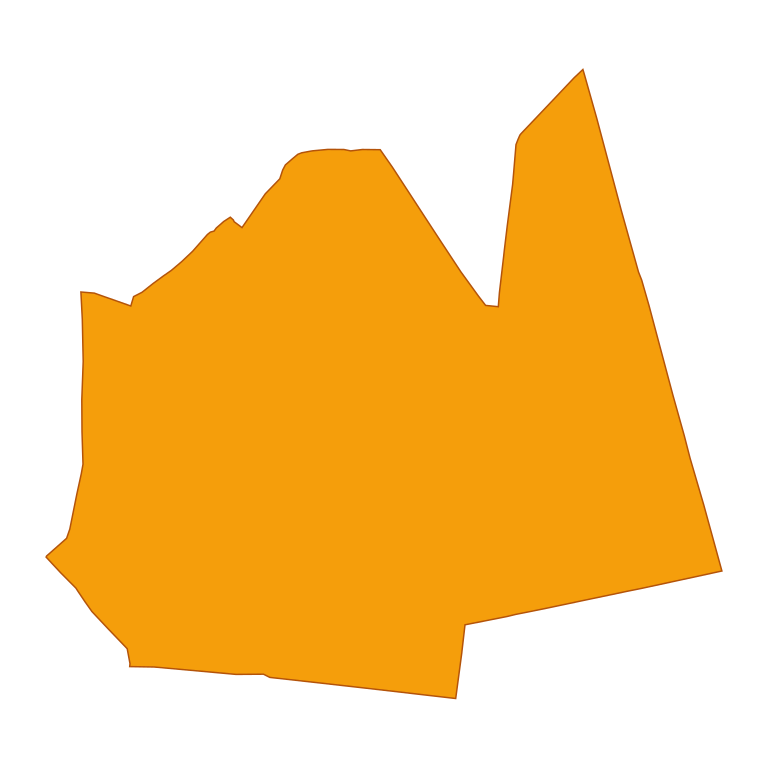 the district of Quan 11, Hồ Chí Minh city, Vietnam
{"feature_id": "81297802B37641712637141", "entity_name": "Quan 11", "entity_type": "district", "adm_level": 2, "iso_a3": "VNM", "parent_name": "Vietnam", "parent_adm1": "Hồ Chí Minh city", "projection": "albers", "projection_center": [106.646, 10.766], "detail": "fine", "context": "isolated", "style": "filled", "palette": "amber", "viewbox_px": 768, "rotation_deg": 0, "n_neighbors": 0, "source": "geoboundaries", "source_scale": "gbopen_adm2", "svg_char_len": 1451}
<svg xmlns="http://www.w3.org/2000/svg" viewBox="0 0 768 768"><path d="M584.1,73.5L582.9,69.5L574.2,77.7L538.9,114.9L521.0,133.7L519.9,135.1L517.9,139.7L516.0,144.6L513.6,173.3L512.6,184.6L507.3,225.4L504.2,251.3L503.7,256.0L499.4,292.8L498.3,306.7L485.6,305.4L478.3,295.9L460.9,271.9L440.8,241.4L424.2,216.0L408.9,192.5L392.4,167.2L388.2,161.2L380.2,149.7L362.4,149.5L350.7,150.9L343.9,149.5L327.9,149.4L312.8,150.8L310.8,151.1L301.7,152.8L297.8,154.3L292.4,158.8L285.4,164.9L282.7,170.0L279.8,178.8L265.3,193.8L246.5,221.1L242.0,227.6L234.1,221.7L233.4,220.0L230.3,217.2L223.7,221.5L216.3,228.0L214.0,231.1L210.4,232.1L207.4,234.5L192.6,251.3L181.6,261.7L171.2,270.5L163.3,276.0L153.1,283.5L142.0,292.3L133.6,296.6L130.8,306.0L99.3,294.9L94.3,293.1L80.9,292.0L82.3,319.2L83.2,361.4L81.8,399.6L82.0,431.6L83.0,464.2L81.3,473.7L76.8,494.3L69.8,529.1L66.6,538.3L46.6,556.0L46.1,557.1L60.7,572.8L75.9,588.1L77.9,591.2L85.3,602.2L87.6,605.4L91.9,611.5L97.6,617.6L108.5,629.2L127.2,648.7L130.0,663.7L129.7,666.6L154.1,667.0L236.0,674.4L263.5,674.2L264.1,674.5L269.8,677.4L361.0,687.6L431.3,695.7L455.7,698.5L461.8,652.8L461.9,651.7L465.0,624.8L483.3,621.2L507.1,616.5L515.7,614.4L527.4,612.1L549.1,607.7L585.6,600.0L627.1,591.3L641.5,588.4L672.5,581.7L721.9,571.0L703.8,505.1L690.1,458.3L684.3,435.8L673.0,395.5L655.8,331.1L649.1,305.9L641.7,280.1L638.5,272.0L621.3,210.5L596.8,118.5L584.1,73.5Z" fill="#f59e0b" stroke="#b45309" stroke-width="1.5"/></svg>